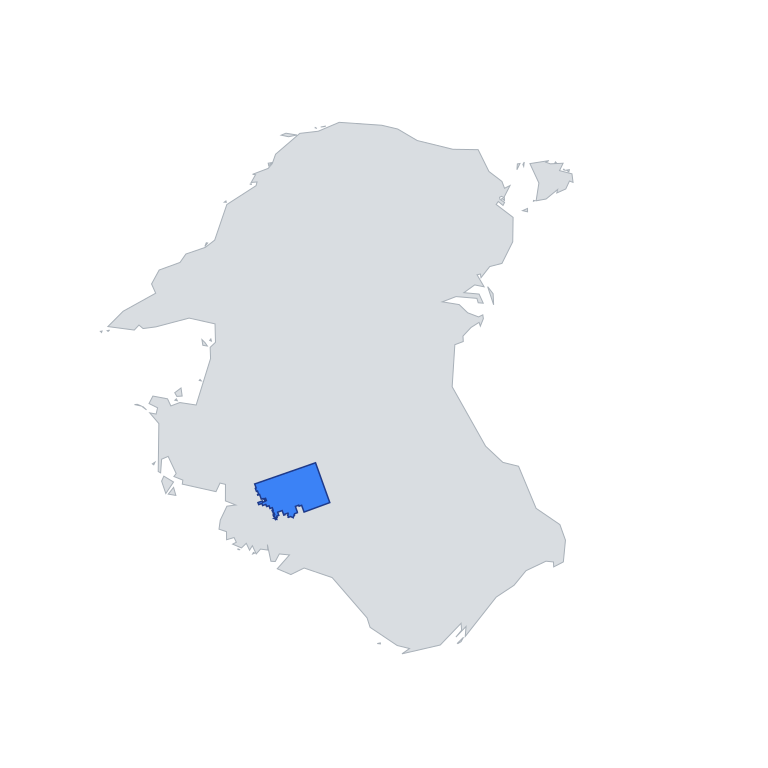 Halls Creek, Western Australia, Australia (highlighted), rotated 250°
{"feature_id": "25037944B45139039746134", "entity_name": "Halls Creek", "entity_type": "district", "adm_level": 2, "iso_a3": "AUS", "parent_name": "Australia", "parent_adm1": "Western Australia", "projection": "orthographic", "projection_center": [126.613, -19.001], "detail": "fine", "context": "in_parent", "style": "filled", "palette": "blue", "viewbox_px": 768, "rotation_deg": 250, "n_neighbors": 0, "source": "geoboundaries", "source_scale": "gbopen_adm2", "svg_char_len": 5631}
<svg xmlns="http://www.w3.org/2000/svg" viewBox="0 0 768 768"><g transform="rotate(250 384 384)"><path d="M541.6,163.8L547.4,200.5L557.5,199.8L568.0,211.7L568.0,233.9L573.9,242.3L573.5,262.9L577.1,274.1L606.4,297.7L614.1,331.6L617.3,333.8L618.8,328.1L624.6,334.9L626.0,332.2L626.2,348.9L629.3,354.4L637.0,360.7L648.3,390.6L644.0,408.7L645.2,431.4L627.9,470.4L618.9,484.1L601.4,498.5L581.0,529.0L572.0,552.6L547.8,555.3L534.0,564.1L526.7,564.2L527.4,570.3L518.2,560.4L520.2,558.6L519.9,556.4L517.9,556.1L513.4,559.4L511.1,556.9L516.4,553.8L514.4,550.8L496.4,562.3L473.6,553.6L457.0,536.1L458.2,523.5L450.7,511.5L454.4,512.2L454.8,508.8L441.1,511.3L446.1,503.1L442.5,490.3L436.0,504.1L426.0,504.9L428.1,500.3L432.7,500.6L441.5,481.6L441.3,466.8L432.9,481.8L422.3,487.0L414.7,495.8L415.2,500.5L411.4,499.7L405.4,494.3L409.4,494.4L407.4,485.2L402.0,474.6L396.8,473.0L396.7,464.0L358.1,447.1L290.8,458.2L269.7,468.9L260.7,482.3L215.1,484.4L191.7,501.2L175.2,501.1L155.5,491.7L154.1,480.9L158.8,482.4L162.1,475.6L160.0,453.6L150.4,437.4L145.4,416.6L119.0,374.0L128.1,378.2L121.6,365.0L126.1,372.7L132.8,374.6L119.5,347.6L124.3,308.6L126.7,317.5L133.7,307.0L160.1,287.7L170.0,288.1L219.8,269.1L238.4,246.0L236.8,231.3L246.9,220.5L255.7,236.7L260.1,227.5L254.4,221.1L256.1,217.1L273.0,219.5L267.7,218.0L271.1,211.5L268.0,205.8L277.1,205.0L273.8,200.8L281.4,200.1L278.7,194.0L285.3,187.0L285.8,191.1L291.0,190.6L291.5,182.8L299.1,185.5L304.0,179.3L312.1,183.6L322.9,194.6L321.0,203.3L328.4,195.0L343.9,200.7L347.0,196.0L340.3,189.3L358.9,160.2L362.5,162.1L368.9,154.9L371.0,158.1L389.8,156.4L389.4,149.3L376.9,143.7L379.0,141.9L423.8,158.9L437.0,154.0L433.7,159.6L439.1,163.1L446.0,156.5L451.7,162.7L444.1,175.5L436.3,176.2L436.4,185.8L428.5,200.3L467.2,229.7L477.9,233.2L480.8,239.9L498.3,245.8L512.6,223.4L515.7,189.2L518.5,176.6L523.2,173.9L520.1,167.8L532.4,144.2L541.6,163.8ZM504.1,589.6L519.9,598.3L541.2,596.5L537.5,615.4L537.1,611.9L534.0,615.6L530.2,627.8L524.5,621.9L517.2,632.5L508.8,630.6L511.3,627.7L505.1,621.5L504.4,611.7L507.4,613.7L502.4,599.6L504.1,589.6ZM355.7,141.5L368.8,141.8L372.7,145.6L363.9,152.7L355.7,141.5ZM420.9,514.1L440.0,514.7L431.5,517.4L420.9,514.1ZM447.4,184.4L449.7,191.9L441.7,190.2L443.2,185.1L447.4,184.4ZM647.8,387.3L649.0,378.9L653.0,372.5L653.2,377.6L647.8,387.3ZM539.9,582.2L545.2,584.6L544.7,587.2L539.9,582.2ZM354.3,143.6L358.8,150.9L350.5,150.3L354.3,143.6ZM499.9,578.9L496.7,577.8L499.5,573.5L499.9,578.9ZM488.0,228.1L484.0,230.0L480.1,231.0L482.3,227.0L488.0,228.1ZM118.8,372.1L115.5,368.3L114.8,364.6L115.3,364.3L118.8,372.1ZM542.8,589.6L544.6,591.7L540.7,589.7L542.8,589.6ZM628.4,350.3L631.1,350.7L630.4,354.4L628.4,350.3ZM574.5,262.7L577.5,265.3L576.8,266.5L574.5,262.7ZM522.6,628.5L522.0,631.5L520.2,630.3L522.6,628.5ZM647.1,412.4L646.4,417.0L646.1,416.8L647.1,412.4ZM388.9,142.1L386.8,140.0L388.2,139.0L388.9,142.1ZM449.3,145.2L446.1,148.7L450.0,142.5L449.3,145.2ZM648.6,407.1L647.1,408.4L648.3,406.9L648.6,407.1ZM451.2,212.7L449.4,213.4L450.5,211.6L451.2,212.7ZM441.1,183.8L438.9,184.1L440.3,181.9L441.1,183.8ZM142.4,288.9L142.0,292.0L141.0,291.8L142.4,288.9ZM528.8,142.1L528.5,144.6L527.8,142.7L528.8,142.1ZM517.7,557.3L517.8,558.8L517.3,558.3L517.7,557.3ZM445.2,149.7L440.9,152.0L445.4,149.1L445.2,149.7ZM279.0,190.4L277.4,192.1L278.4,190.1L279.0,190.4ZM524.4,626.5L523.2,626.9L524.0,625.9L524.4,626.5ZM485.6,236.7L483.3,236.5L484.6,235.1L485.6,236.7ZM270.4,203.7L269.3,204.7L269.2,202.4L270.4,203.7ZM534.1,621.1L532.4,621.8L533.3,620.2L534.1,621.1ZM530.5,135.5L530.2,137.2L529.0,136.2L530.5,135.5ZM516.4,559.1L517.6,560.7L515.2,560.0L516.4,559.1ZM610.1,298.1L608.7,298.0L609.5,296.1L610.1,298.1ZM617.6,327.7L616.9,327.6L617.7,326.2L617.6,327.7ZM505.4,587.3L504.7,588.4L504.6,586.9L505.4,587.3Z" fill="#d9dde1" stroke="#a8b0b8" stroke-width="1"/><path d="M291.0,265.2L291.1,292.5L333.4,292.7L334.3,228.3L332.5,228.3L330.1,228.3L330.1,228.2L330.0,227.9L330.0,227.7L329.9,227.6L329.9,227.4L326.7,227.4L326.7,228.5L323.3,228.5L323.3,227.4L322.7,227.4L322.7,229.3L321.8,229.3L317.8,229.3L317.7,231.1L317.2,231.1L317.2,232.0L315.6,232.0L315.6,232.8L317.1,232.8L317.1,233.6L314.7,233.6L314.7,232.0L314.4,232.0L314.4,230.7L314.3,229.6L315.7,229.6L315.7,225.0L313.5,225.0L313.5,228.4L311.3,228.4L311.3,231.7L310.0,231.7L310.0,232.0L308.9,232.0L308.9,234.3L307.7,234.3L306.0,234.3L306.0,236.7L303.7,236.7L303.7,235.6L303.4,235.7L303.2,235.7L302.9,235.7L302.7,235.7L302.4,235.7L302.2,235.7L302.2,235.8L302.1,235.7L302.0,235.8L301.9,235.8L301.7,235.8L301.6,236.0L301.4,235.9L301.2,235.9L301.2,236.0L300.9,236.0L300.7,236.0L300.6,235.9L300.5,236.0L300.4,236.0L300.2,235.9L300.2,236.6L298.7,236.6L298.7,235.0L297.1,235.0L297.1,235.8L295.2,235.8L295.2,235.0L295.0,235.3L294.9,235.4L294.7,235.4L294.5,235.5L294.4,235.5L294.3,235.8L294.2,235.8L294.3,235.9L294.3,236.0L294.2,236.0L294.2,236.3L293.9,236.4L293.9,236.5L293.7,236.6L293.7,236.8L293.4,236.9L293.2,236.9L292.9,236.8L293.0,236.9L293.0,237.0L292.9,237.0L295.3,237.2L295.3,238.0L296.5,238.0L296.5,240.2L299.9,240.2L299.9,245.0L295.0,245.0L295.0,246.2L295.6,246.2L295.6,246.7L295.6,247.4L295.5,249.6L294.6,249.6L293.6,248.5L293.3,248.5L293.2,248.5L292.9,248.7L292.7,248.8L292.4,248.8L292.2,248.8L292.0,248.7L291.8,248.5L291.7,248.4L291.5,248.7L291.4,248.7L291.4,248.9L291.5,248.9L291.4,248.9L291.4,250.1L291.4,251.0L290.8,251.5L289.5,252.9L289.9,253.0L290.3,253.8L291.1,254.3L291.1,254.5L291.3,254.6L291.3,255.0L291.6,255.1L291.8,255.1L292.1,255.0L292.7,255.7L292.7,258.6L293.6,258.8L297.0,258.8L299.3,258.9L299.3,262.4L298.2,262.4L298.2,265.1L297.4,265.1L291.0,265.1L291.0,265.2Z" fill="#3b82f6" stroke="#1e3a8a" stroke-width="1.5"/></g></svg>